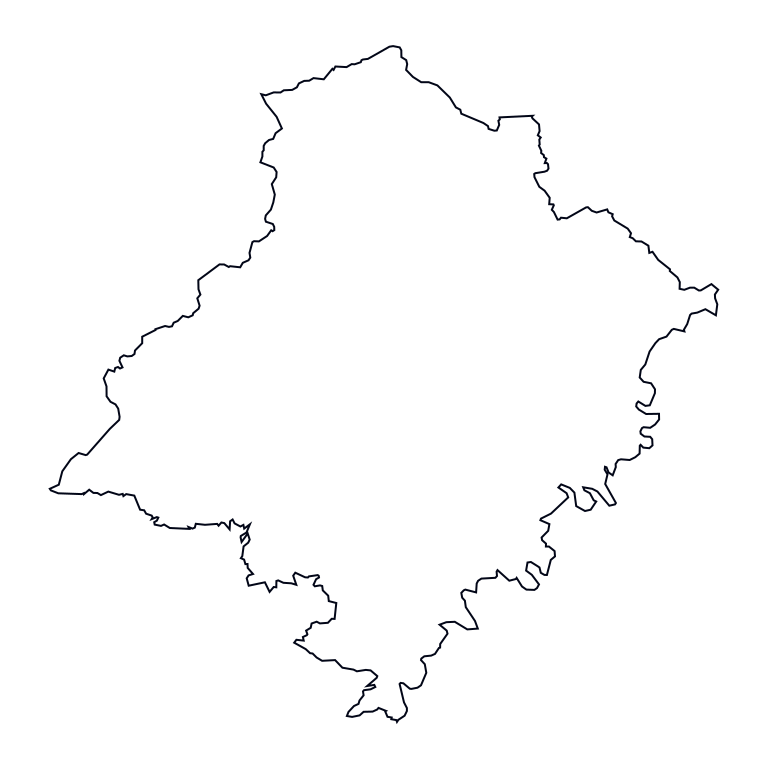 outline of Ahuatlán, Puebla, Mexico
{"feature_id": "50627088B15804587261784", "entity_name": "Ahuatlán", "entity_type": "district", "adm_level": 2, "iso_a3": "MEX", "parent_name": "Mexico", "parent_adm1": "Puebla", "projection": "albers", "projection_center": [-98.289, 18.572], "detail": "fine", "context": "isolated", "style": "outline", "palette": "ink", "viewbox_px": 768, "rotation_deg": 0, "n_neighbors": 0, "source": "geoboundaries", "source_scale": "gbopen_adm2", "svg_char_len": 6077}
<svg xmlns="http://www.w3.org/2000/svg" viewBox="0 0 768 768"><path d="M635.9,241.3L632.7,238.2L629.8,237.1L631.0,233.2L627.7,228.6L614.3,220.5L612.1,216.3L612.7,214.2L608.4,212.3L607.2,209.4L596.6,212.5L591.8,210.8L587.9,207.2L586.1,207.4L566.8,218.3L561.0,217.7L559.6,219.4L557.6,219.6L553.9,212.0L551.8,209.8L553.8,205.3L553.4,204.4L549.2,204.2L549.7,197.8L544.6,190.7L539.3,186.8L534.5,177.2L534.2,174.0L535.3,173.2L544.5,171.7L547.1,170.7L548.5,168.6L548.0,164.2L546.8,163.0L544.8,163.1L546.4,158.6L544.0,157.2L543.8,155.1L541.1,153.0L541.3,150.7L538.9,145.6L539.7,144.5L539.3,139.6L540.7,137.5L537.8,135.3L539.6,131.1L539.0,124.4L532.5,118.4L531.7,116.6L532.6,115.8L499.5,117.4L499.8,119.4L498.4,120.7L499.2,124.9L496.8,130.5L494.3,130.7L488.6,128.9L488.0,126.1L483.4,123.0L461.3,113.7L460.3,109.7L455.9,107.4L449.8,97.5L437.4,85.4L428.7,82.2L421.2,82.2L412.9,76.9L406.1,69.9L407.2,64.1L406.2,60.1L401.4,57.1L401.3,50.3L399.7,47.4L393.1,46.1L389.4,46.7L367.9,58.9L362.9,59.5L361.5,60.2L360.8,62.2L354.6,64.3L351.7,64.1L346.6,67.1L335.4,66.5L333.6,69.9L332.4,68.8L323.8,79.3L313.5,78.1L309.2,80.7L304.2,80.9L298.9,83.4L296.9,87.3L292.2,89.9L283.8,90.3L280.5,92.5L273.7,92.4L265.8,95.3L261.3,94.2L266.1,103.7L276.6,116.8L281.9,128.5L275.6,133.2L273.2,138.9L269.0,140.0L265.2,143.2L263.7,145.9L263.7,150.3L262.4,151.8L262.4,156.5L260.4,162.3L273.7,167.5L276.6,172.0L276.2,177.3L271.8,184.1L274.8,194.6L273.3,202.4L270.9,209.6L265.8,215.4L265.1,218.9L265.9,221.7L272.8,224.0L274.2,226.8L274.3,230.1L272.6,231.2L271.2,230.3L267.1,236.0L258.9,241.4L254.0,241.2L252.4,242.1L249.5,252.9L250.3,257.6L248.5,260.3L242.8,262.8L240.2,267.3L230.1,266.2L228.8,267.0L224.2,264.5L219.5,264.4L198.3,280.2L198.5,289.3L200.4,294.6L197.3,298.3L199.6,305.7L198.6,308.7L193.2,313.2L192.7,315.3L188.3,317.3L182.8,315.9L177.7,321.0L173.7,322.7L172.0,326.3L169.0,326.9L165.1,326.0L155.4,329.2L155.5,330.0L142.2,336.7L142.2,343.2L135.0,350.5L134.5,354.0L131.7,356.0L127.3,356.4L123.8,355.3L120.2,357.7L119.4,360.8L122.5,367.4L120.0,368.5L118.0,367.0L115.2,368.0L114.3,371.6L108.4,369.6L103.7,378.4L106.5,386.4L106.6,396.3L110.5,401.8L115.5,404.4L118.2,408.6L119.6,416.8L119.2,419.9L109.8,428.9L87.2,454.6L85.7,455.1L78.6,453.0L70.9,459.2L62.3,471.3L58.8,484.7L49.8,488.8L50.9,490.4L58.3,493.3L81.8,494.1L83.9,493.1L84.0,494.1L89.2,489.7L93.4,492.9L97.4,493.0L100.9,495.1L108.3,491.6L119.0,494.8L122.7,493.9L123.4,496.1L126.2,494.1L134.3,495.6L140.1,509.7L144.2,510.3L146.1,513.7L151.7,515.6L152.7,517.4L151.7,519.1L156.8,517.1L158.3,517.6L156.9,520.6L154.2,522.2L154.7,524.6L161.0,525.9L164.1,524.5L169.8,528.0L189.4,528.9L188.5,527.0L192.5,528.6L194.8,527.6L195.8,523.8L205.0,524.8L217.2,523.9L218.6,525.7L221.4,522.5L224.3,523.1L229.6,529.4L230.1,521.3L232.6,519.5L234.6,523.4L240.4,526.5L243.4,524.9L244.2,528.6L249.9,524.3L246.5,532.5L240.8,536.0L240.6,537.4L241.6,542.0L247.7,533.5L249.7,539.6L248.2,542.7L243.6,546.4L242.3,556.1L240.9,558.2L244.1,559.6L245.4,564.1L247.5,564.0L247.7,567.9L253.0,574.0L248.6,575.4L246.7,578.3L248.7,585.7L264.9,582.3L269.6,591.9L273.7,587.0L276.3,587.3L276.4,581.0L278.2,580.4L283.4,582.8L291.3,583.3L296.3,584.8L293.2,575.7L295.3,572.7L305.1,577.3L307.9,577.5L308.9,576.4L317.7,575.1L318.7,575.8L319.0,577.5L316.1,579.2L313.5,584.8L314.8,586.3L320.0,585.4L322.2,586.0L322.8,590.4L328.2,595.7L328.8,601.1L336.3,603.0L334.6,618.9L331.7,618.8L327.9,622.8L319.9,623.4L316.7,621.7L311.6,623.5L310.7,627.8L306.1,630.6L307.4,634.3L306.8,635.2L302.9,637.0L303.7,640.6L296.4,639.8L294.2,642.7L305.7,649.1L310.1,653.2L312.6,653.5L316.6,657.5L322.1,660.8L335.1,660.1L342.4,667.7L353.5,669.6L356.9,671.3L365.8,669.9L370.6,670.4L377.3,676.1L376.7,677.8L367.2,686.0L374.3,684.9L375.3,687.0L370.6,689.3L364.0,690.2L363.0,691.4L363.6,695.3L359.5,700.5L358.5,703.9L354.0,706.0L348.5,711.9L346.9,716.0L352.1,716.9L359.6,715.4L363.6,711.8L372.6,711.6L377.2,709.5L378.5,707.9L386.0,710.9L385.2,711.4L387.5,716.8L391.7,717.5L391.3,719.2L396.4,720.1L397.0,721.9L398.4,719.8L404.6,715.7L406.9,711.0L406.9,708.0L404.0,702.4L399.6,684.0L400.6,682.9L403.4,683.3L409.8,688.7L411.4,688.9L417.5,687.7L421.0,685.3L426.3,672.8L424.8,664.2L421.0,660.1L421.3,658.6L424.3,656.3L431.2,655.6L435.0,653.9L438.9,648.0L440.1,647.6L440.2,644.0L447.5,633.7L446.7,630.6L439.6,624.7L446.3,622.2L454.8,621.8L467.3,629.4L477.8,628.6L475.0,621.0L465.8,607.2L464.9,600.7L462.2,597.7L461.3,592.9L463.8,590.3L465.3,589.6L476.1,592.4L476.7,583.5L478.1,580.8L481.4,578.6L495.4,577.8L497.0,576.0L496.6,571.7L497.5,570.1L509.3,580.7L515.9,579.0L516.6,577.9L522.0,586.5L526.4,589.6L534.4,589.9L537.0,588.1L539.0,584.4L531.8,574.8L526.1,570.6L527.5,562.5L530.9,562.0L537.6,566.2L539.5,567.5L540.8,572.8L544.4,574.9L546.9,575.0L550.8,559.9L555.0,556.4L554.6,551.1L548.9,546.5L545.9,546.5L546.0,543.6L542.1,540.2L541.6,537.5L548.2,530.8L549.4,524.1L540.4,520.2L541.0,518.6L551.0,513.6L568.2,497.4L566.6,493.2L558.4,487.5L561.2,484.4L569.8,487.9L574.4,492.6L576.2,506.1L585.0,511.0L590.7,509.7L596.2,501.5L593.7,500.3L589.9,493.2L584.4,490.3L583.2,487.3L592.2,488.8L597.4,491.5L609.3,505.7L615.0,504.4L615.9,503.0L605.2,484.0L607.5,474.4L604.7,469.7L605.0,466.8L606.5,467.3L608.6,472.5L612.7,475.3L615.8,467.1L615.6,464.0L618.2,460.1L621.0,459.3L629.7,460.0L635.3,457.2L639.6,453.6L639.8,445.7L640.6,444.8L643.3,447.6L649.3,448.2L652.5,445.4L652.2,439.2L650.2,436.8L644.4,436.5L640.7,433.7L640.4,431.3L642.0,428.1L643.6,427.2L650.2,427.8L655.1,424.5L659.1,419.5L659.0,413.8L646.1,414.0L638.9,409.6L636.2,406.5L636.6,403.5L638.3,401.5L645.4,405.9L649.8,405.3L654.9,393.2L655.0,389.3L651.1,383.3L643.6,381.8L639.7,377.5L640.8,369.9L645.3,364.5L649.6,351.5L655.4,343.1L659.1,339.2L666.5,336.6L671.8,329.8L673.8,328.9L684.4,331.4L683.9,329.7L687.2,324.1L690.1,315.0L691.6,313.6L697.3,312.6L705.4,309.2L715.9,315.3L717.3,304.3L715.1,298.3L714.9,294.5L718.2,289.7L711.4,284.1L700.8,290.4L698.9,290.5L694.3,287.7L689.9,287.7L684.3,289.8L679.6,288.8L679.8,282.1L677.4,277.4L669.8,271.0L670.0,269.3L658.2,259.9L652.5,251.8L649.3,252.9L648.4,245.7L641.5,241.5L635.9,241.3Z" fill="none" stroke="#020617" stroke-width="2"/></svg>